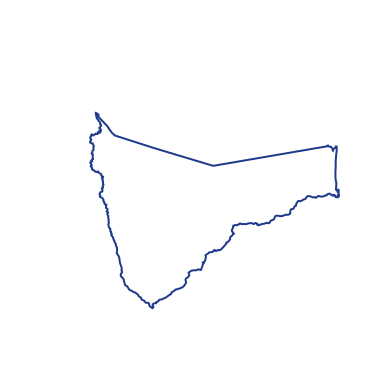 the district of Cheringoma, Sofala, Mozambique, rotated 304°
{"feature_id": "85939544B41216917110496", "entity_name": "Cheringoma", "entity_type": "district", "adm_level": 2, "iso_a3": "MOZ", "parent_name": "Mozambique", "parent_adm1": "Sofala", "projection": "orthographic", "projection_center": [35.177, -18.487], "detail": "fine", "context": "isolated", "style": "outline", "palette": "blue", "viewbox_px": 384, "rotation_deg": 304, "n_neighbors": 0, "source": "geoboundaries", "source_scale": "gbopen_adm2", "svg_char_len": 5939}
<svg xmlns="http://www.w3.org/2000/svg" viewBox="0 0 384 384"><g transform="rotate(304 192 192)"><path d="M118.2,140.8L116.0,143.4L115.8,143.9L115.9,144.6L115.7,145.1L114.4,145.6L114.0,146.2L113.8,147.1L113.4,147.1L113.1,147.8L112.7,147.9L112.3,149.0L111.3,149.1L111.0,149.4L110.4,151.7L109.9,152.3L109.3,152.7L108.7,153.9L108.1,154.5L108.0,155.1L107.1,156.1L106.3,158.0L105.3,158.5L104.4,160.2L102.5,162.1L101.4,162.7L100.9,163.1L99.3,163.7L98.7,164.8L98.4,165.9L97.6,167.4L96.2,169.1L94.0,170.9L92.2,172.9L89.6,176.4L89.0,176.8L87.5,177.3L86.9,178.6L86.4,178.9L85.9,179.0L85.3,178.8L83.8,179.1L82.9,179.6L82.3,180.6L81.9,182.9L81.4,184.1L80.1,185.3L79.3,186.5L77.6,188.3L77.4,188.7L77.6,191.0L76.3,193.8L75.9,195.3L76.4,196.7L76.4,199.8L77.0,201.5L76.7,202.4L76.8,204.0L76.7,204.5L75.8,205.9L75.9,206.8L75.8,208.9L75.0,209.9L74.7,210.5L75.1,213.6L74.5,214.7L74.4,215.6L75.6,217.7L75.6,218.1L75.3,218.9L74.2,219.9L73.8,220.8L73.5,222.0L73.7,223.5L73.6,224.1L74.0,224.3L75.1,224.3L75.4,223.9L75.6,223.1L76.1,222.7L76.9,222.3L77.7,222.4L78.4,222.9L79.8,224.4L80.2,224.4L80.6,224.0L81.0,224.1L82.3,225.0L84.5,225.3L86.1,227.0L90.2,229.5L92.4,230.2L95.6,231.6L96.4,231.7L97.1,231.3L97.9,231.3L100.0,232.5L101.9,232.9L103.9,234.8L106.9,236.9L108.2,237.5L109.4,237.8L112.0,238.0L113.6,237.7L114.3,237.2L115.2,236.0L116.4,235.4L117.3,235.5L119.3,236.4L121.3,236.3L122.2,235.7L123.0,234.4L123.3,234.3L123.8,234.4L125.9,235.3L126.8,235.9L128.4,237.6L129.4,239.2L129.8,239.5L131.1,240.1L131.6,240.9L131.8,241.9L132.4,243.0L137.0,241.9L138.5,241.2L138.8,241.2L139.2,241.6L139.6,241.6L140.1,241.3L140.0,240.6L141.5,241.3L142.4,241.3L144.3,240.4L145.6,240.1L147.1,238.6L147.7,238.7L149.9,239.7L151.6,240.1L152.0,240.4L153.3,242.1L154.0,242.6L156.3,242.9L156.6,243.5L156.2,244.0L156.2,244.5L157.4,245.6L158.6,246.0L158.8,247.0L160.2,248.1L162.0,248.4L163.8,248.8L168.2,249.3L168.8,249.2L169.2,248.8L169.7,249.3L170.4,249.6L173.6,250.1L174.1,250.0L175.8,249.0L176.3,249.0L178.4,249.6L179.6,249.7L180.8,250.1L181.0,249.6L180.9,248.8L181.6,248.0L181.9,246.9L182.1,246.7L183.2,246.2L185.3,246.0L186.2,245.6L186.9,245.1L187.3,245.1L187.7,245.8L188.7,246.2L189.0,246.5L189.5,247.9L190.9,248.4L191.5,249.1L192.8,249.4L193.0,250.7L193.6,251.5L193.9,252.4L195.0,253.6L195.6,254.9L197.8,256.5L199.5,258.8L199.8,259.7L199.8,260.8L200.1,261.2L201.8,262.0L202.2,264.0L201.5,264.3L201.3,264.5L201.5,265.5L203.7,267.4L204.6,267.8L205.9,269.5L207.8,270.8L208.7,272.0L209.0,273.1L209.7,273.5L212.4,273.4L213.8,274.5L215.5,275.2L217.9,274.6L218.9,274.7L219.4,275.1L220.5,276.6L221.3,278.8L222.0,279.4L222.6,280.4L225.2,282.0L226.2,283.3L226.7,284.3L227.4,284.6L227.7,285.0L228.2,285.3L229.5,285.3L230.9,284.2L232.5,283.7L233.4,284.0L233.9,284.8L234.7,285.3L235.7,285.4L237.4,285.1L238.4,285.7L239.1,285.8L240.6,285.0L243.6,285.0L244.0,285.2L244.3,285.5L244.9,287.0L246.5,288.0L247.7,288.4L249.3,289.6L250.1,289.9L252.7,289.9L253.3,290.2L254.2,291.6L255.0,294.3L255.1,295.2L255.3,295.6L256.3,296.5L256.4,297.8L257.1,298.2L258.7,298.7L259.5,299.1L260.1,301.2L261.5,303.1L262.0,303.5L263.2,304.1L264.0,305.2L265.0,305.2L265.5,305.7L266.1,305.7L267.5,306.8L267.7,307.7L267.4,308.5L267.6,310.7L268.1,310.9L268.8,310.7L268.9,311.0L268.6,312.0L269.0,312.2L269.2,312.8L268.5,313.3L268.1,313.9L269.2,315.9L269.6,315.8L269.9,315.3L270.8,314.8L271.3,315.0L271.2,315.8L271.8,315.5L272.7,314.4L275.3,312.7L275.8,312.2L275.7,311.9L275.1,312.1L274.4,312.5L273.6,312.6L273.7,312.3L274.5,311.4L274.4,310.2L274.5,309.9L276.0,309.2L278.3,307.7L279.6,307.2L281.4,305.3L284.1,302.9L289.1,299.5L292.6,297.4L298.5,293.5L304.4,290.2L306.9,289.1L308.7,287.7L310.1,287.1L310.5,286.3L310.4,285.9L309.4,286.1L308.6,286.0L306.9,285.2L306.4,285.2L305.6,285.7L305.1,285.8L305.2,285.3L306.2,284.8L307.0,282.8L306.9,282.3L307.1,281.9L306.1,279.7L306.2,279.3L306.6,278.9L306.4,278.5L306.1,278.3L305.3,278.3L225.6,195.0L225.3,194.2L206.9,135.0L195.7,96.4L196.3,92.7L197.8,88.2L199.1,85.5L202.0,72.6L202.7,71.6L203.5,71.6L204.0,70.7L204.0,69.5L203.7,68.1L203.0,68.5L202.7,69.3L201.6,69.8L200.8,71.1L199.9,71.6L199.7,72.7L199.4,73.3L199.4,74.0L198.7,74.9L198.6,76.1L198.1,76.7L197.8,77.4L196.9,77.7L196.9,78.6L196.6,79.1L196.2,79.5L195.4,79.6L193.4,79.3L193.1,79.6L193.0,81.1L192.1,82.1L191.8,82.0L190.9,81.0L190.6,81.1L190.5,81.7L190.9,82.4L190.4,82.6L190.0,82.6L189.1,81.8L189.0,81.4L189.2,80.8L188.7,80.7L187.6,81.3L187.3,81.3L186.9,80.8L187.0,80.3L186.6,79.6L185.5,79.4L184.7,78.7L183.9,78.6L183.7,78.3L183.8,77.2L183.6,76.6L183.0,76.6L182.3,77.2L181.7,76.9L181.3,76.9L180.7,77.2L180.1,77.3L179.6,77.6L179.3,78.8L178.8,79.4L178.1,79.5L177.6,79.2L176.9,79.3L176.0,80.1L175.9,80.7L176.7,82.6L176.0,83.3L175.8,83.9L175.2,85.0L173.5,85.4L172.9,86.0L171.7,86.9L170.4,86.5L169.0,87.2L167.9,87.2L167.8,87.8L168.0,88.2L167.7,88.7L166.7,89.1L166.2,89.8L164.4,90.8L164.4,91.2L164.1,91.4L163.4,91.5L162.7,91.0L162.1,91.1L161.7,91.7L161.5,91.2L161.1,91.0L160.3,91.3L159.7,91.1L159.4,91.2L159.6,91.8L158.7,93.1L158.3,93.0L157.9,93.2L157.7,93.5L157.9,93.8L157.8,94.1L157.5,94.2L156.7,93.8L156.6,94.0L156.6,94.5L156.1,95.1L156.0,95.8L154.8,96.5L154.8,96.8L155.2,97.7L154.8,100.6L155.1,101.1L155.3,102.1L156.2,102.4L156.5,102.8L155.8,104.0L155.9,105.7L156.1,106.6L155.6,106.9L154.7,108.2L155.0,109.2L154.9,109.8L154.5,109.9L153.4,109.5L153.2,110.5L152.0,110.8L151.4,112.1L150.3,112.5L150.0,113.1L149.2,113.5L148.8,114.1L148.1,114.3L148.1,114.7L146.7,114.8L146.0,115.6L145.6,115.8L144.7,115.3L144.3,115.9L143.5,116.4L143.0,117.1L142.1,117.3L141.3,116.5L140.3,116.2L138.9,116.4L138.2,116.8L137.9,117.5L137.9,117.9L136.9,118.1L136.5,118.7L136.9,120.9L136.8,121.3L136.4,121.9L136.2,122.8L135.1,123.4L134.5,125.2L133.9,125.4L133.2,126.2L133.1,127.1L133.2,127.5L133.6,128.0L132.1,128.7L130.8,129.6L130.7,131.3L130.4,131.6L129.8,132.0L128.1,132.2L128.0,132.6L128.2,133.5L128.1,133.9L126.3,134.1L125.2,136.1L123.7,136.9L122.9,138.1L121.2,139.1L120.3,140.1L118.2,140.8Z" fill="none" stroke="#1e3a8a" stroke-width="2"/></g></svg>